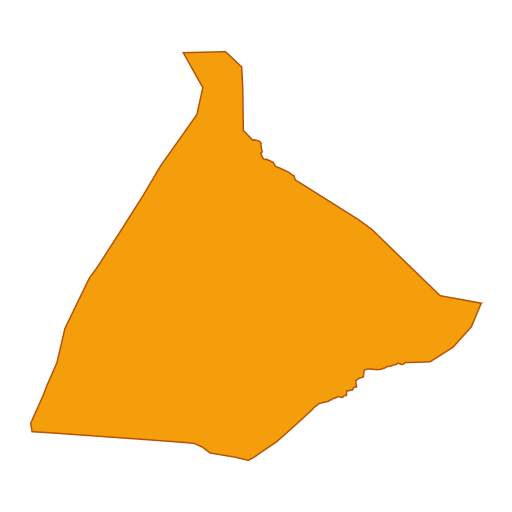 Naran, Sühbaatar, Mongolia
{"feature_id": "93677404B66780869720119", "entity_name": "Naran", "entity_type": "district", "adm_level": 2, "iso_a3": "MNG", "parent_name": "Mongolia", "parent_adm1": "Sühbaatar", "projection": "natural_earth1", "projection_center": [113.793, 45.123], "detail": "fine", "context": "isolated", "style": "filled", "palette": "amber", "viewbox_px": 512, "rotation_deg": 0, "n_neighbors": 0, "source": "geoboundaries", "source_scale": "gbopen_adm2", "svg_char_len": 3415}
<svg xmlns="http://www.w3.org/2000/svg" viewBox="0 0 512 512"><path d="M183.3,52.7L202.8,87.6L197.0,114.3L188.5,126.5L160.7,165.7L142.7,196.2L118.0,235.0L97.8,266.5L89.3,278.2L65.0,328.3L56.9,362.8L47.1,385.1L43.0,395.8L30.7,423.3L32.1,431.7L51.6,432.9L74.2,434.5L96.9,436.1L110.6,437.1L147.3,439.7L175.6,441.8L191.0,443.0L193.7,443.2L202.4,447.1L210.1,453.0L234.3,457.0L248.4,460.3L255.3,456.4L260.2,452.8L265.0,449.6L276.9,441.6L280.0,438.8L300.3,420.6L312.1,409.7L313.9,407.6L319.1,403.5L326.0,401.8L326.4,401.7L326.8,401.6L327.3,401.6L327.6,401.6L327.8,401.6L328.0,401.5L328.2,401.4L328.5,401.2L329.0,400.8L329.3,400.6L329.5,400.4L329.9,400.2L330.1,400.1L330.3,400.0L330.7,400.0L331.0,399.9L331.5,399.7L332.0,399.4L332.4,399.1L332.6,398.9L332.8,398.8L333.0,398.6L333.4,398.4L333.6,398.3L333.9,398.3L334.3,398.2L334.6,398.2L335.0,398.0L335.2,397.9L335.5,397.8L335.8,397.8L336.0,397.7L336.3,397.5L336.6,397.3L336.8,397.2L337.0,397.1L337.4,397.0L337.6,396.9L337.9,396.8L338.4,396.6L338.7,396.6L339.0,396.7L339.3,396.8L339.5,396.8L340.0,396.9L340.4,396.9L340.8,397.1L341.2,397.3L341.5,397.4L341.8,397.5L342.1,397.5L342.4,397.4L342.8,397.2L343.0,397.0L343.1,396.9L343.3,396.4L343.5,396.2L343.9,395.8L344.2,395.6L344.6,395.5L344.8,395.5L345.2,395.5L345.5,395.5L345.8,395.8L346.0,395.7L346.3,395.5L346.4,395.3L346.5,395.0L346.5,394.7L346.6,394.3L346.5,394.0L346.5,393.8L346.6,392.4L346.6,392.2L346.7,390.8L346.9,390.8L347.7,390.8L348.4,390.8L348.7,390.8L349.1,390.7L349.6,390.6L349.9,390.5L350.2,390.4L350.5,390.2L350.8,390.0L351.1,389.9L351.4,389.9L351.8,389.9L352.1,390.0L352.2,389.9L352.5,389.9L352.7,389.6L352.9,389.4L352.9,389.2L353.0,388.8L353.1,388.4L353.3,388.1L353.4,387.8L353.6,387.6L353.8,387.5L354.0,387.3L354.3,387.2L354.6,387.1L355.0,387.1L356.2,387.0L356.4,387.0L356.6,386.8L355.6,380.9L358.9,378.4L363.4,376.9L364.1,370.5L365.1,369.6L368.7,369.0L376.8,369.6L377.2,369.6L378.2,369.6L378.9,369.6L379.5,369.6L380.3,369.4L381.3,369.1L382.1,368.8L382.4,368.7L382.7,368.6L383.0,368.5L383.6,368.4L384.2,368.2L384.9,368.0L385.5,367.6L386.2,367.2L386.8,366.7L387.2,366.6L387.7,366.5L388.2,366.4L388.6,366.3L389.5,366.3L389.9,366.3L390.3,366.1L390.9,366.0L391.5,365.8L392.2,365.5L392.9,365.2L393.4,365.0L393.9,364.9L394.5,364.8L395.2,364.7L395.6,364.6L395.9,364.5L396.3,364.3L396.6,364.2L396.8,364.0L397.0,363.7L397.3,363.4L397.7,363.2L398.2,363.2L398.7,363.3L399.2,363.6L399.8,363.9L400.1,364.0L400.8,364.2L401.6,364.4L402.1,364.5L402.5,364.5L402.7,364.4L403.1,364.3L403.5,364.0L404.0,363.7L404.3,363.4L404.5,363.2L404.8,362.9L404.9,362.7L405.0,362.6L430.0,361.8L452.9,347.3L471.3,326.9L481.2,303.3L481.3,303.2L481.2,303.2L440.1,295.7L410.4,266.9L372.1,229.7L358.2,219.5L295.3,179.9L293.8,175.5L291.6,174.6L289.0,172.4L286.5,171.2L284.3,170.2L280.4,168.3L278.7,167.7L277.0,167.1L275.5,166.2L274.9,165.6L274.4,164.6L273.8,163.3L273.5,162.6L273.2,162.2L271.9,161.8L271.2,161.5L270.3,160.8L267.8,160.0L267.0,159.4L266.6,159.2L265.7,159.3L265.1,159.4L264.6,159.4L264.0,159.3L263.2,158.5L262.7,157.4L262.0,156.7L261.6,156.1L261.7,155.3L261.6,154.8L261.4,154.4L260.9,153.8L260.7,153.3L260.8,153.0L261.1,152.7L262.0,152.3L262.3,151.7L262.2,151.1L261.7,150.2L261.3,148.0L261.2,146.7L261.0,145.8L260.9,144.6L261.2,143.5L260.1,141.8L258.3,140.8L257.0,140.4L255.5,140.3L254.8,139.8L254.0,139.8L252.7,140.2L243.3,130.4L242.8,89.3L241.7,67.0L225.5,51.7L183.3,52.7Z" fill="#f59e0b" stroke="#b45309" stroke-width="1.5"/></svg>